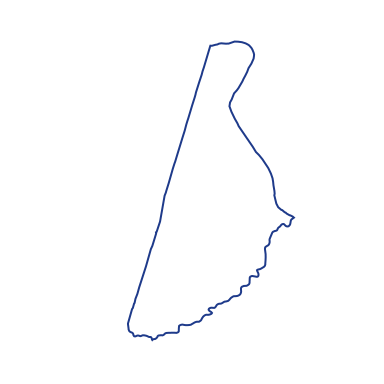 Morazán, El Progreso, Guatemala (Natural Earth projection), rotated 327°
{"feature_id": "79465075B64841514160726", "entity_name": "Morazán", "entity_type": "district", "adm_level": 2, "iso_a3": "GTM", "parent_name": "Guatemala", "parent_adm1": "El Progreso", "projection": "natural_earth1", "projection_center": [-90.183, 14.99], "detail": "fine", "context": "isolated", "style": "outline", "palette": "blue", "viewbox_px": 384, "rotation_deg": 327, "n_neighbors": 0, "source": "geoboundaries", "source_scale": "gbopen_adm2", "svg_char_len": 4939}
<svg xmlns="http://www.w3.org/2000/svg" viewBox="0 0 384 384"><g transform="rotate(327 192 192)"><path d="M263.5,269.0L263.1,267.5L261.7,265.1L261.2,264.7L259.6,261.6L259.3,260.2L258.7,259.5L257.8,256.3L257.2,255.7L256.0,251.7L256.4,247.7L258.0,243.1L259.3,239.5L260.3,238.6L261.7,236.0L264.0,230.7L265.6,227.6L267.0,224.4L268.2,219.6L269.0,213.5L268.9,202.9L268.3,197.4L267.4,193.3L267.6,187.2L267.3,175.4L267.0,162.2L267.5,159.2L267.8,153.8L268.8,146.0L270.1,140.5L272.7,137.6L275.7,136.0L281.0,132.2L285.1,131.1L287.5,130.2L290.7,128.6L294.3,126.8L297.0,125.1L299.8,123.6L303.7,121.3L306.9,118.9L311.7,116.7L314.0,115.2L316.3,113.7L317.8,112.0L318.9,110.6L319.1,110.1L319.6,108.6L320.2,105.5L320.3,103.4L319.8,100.2L319.1,98.6L317.9,96.5L315.5,93.6L312.6,91.1L309.6,89.0L303.6,87.5L301.1,86.0L297.5,83.2L295.4,82.3L293.7,82.1L291.8,81.3L289.9,80.7L288.3,80.2L287.1,79.3L286.1,80.1L269.9,93.9L266.5,96.6L264.0,98.9L258.0,103.7L249.5,110.7L248.0,112.2L245.7,114.2L239.6,119.2L229.1,128.1L226.6,130.1L224.1,132.2L219.6,136.3L218.3,137.4L213.8,141.1L200.3,152.4L194.4,157.4L192.9,158.5L188.4,162.2L177.4,171.8L170.9,177.2L169.8,178.2L167.0,180.2L149.1,199.4L140.6,206.2L139.8,206.2L139.3,207.3L129.4,215.6L126.4,217.5L112.9,229.3L95.8,243.2L90.7,247.7L86.4,250.8L83.4,253.8L82.7,254.0L79.3,257.0L77.9,257.6L66.7,267.4L66.0,268.6L65.5,269.8L65.2,270.3L64.9,271.0L64.3,272.2L64.0,272.7L63.9,273.2L63.7,274.0L63.7,274.8L64.0,275.7L64.2,276.1L64.8,276.8L65.1,277.3L65.4,278.1L65.4,278.8L65.1,279.8L64.9,280.3L64.9,281.2L65.0,281.6L65.8,282.2L66.5,282.4L67.4,282.5L68.0,282.7L68.5,282.9L68.8,283.2L69.2,283.5L69.8,284.4L70.4,284.9L71.3,285.1L72.0,285.2L72.5,285.3L72.9,285.5L73.6,286.0L74.0,286.3L74.5,286.8L75.0,287.3L75.3,287.6L75.7,288.1L76.4,289.2L76.8,289.9L77.3,290.4L77.8,290.7L78.3,291.1L78.6,291.6L78.6,292.4L78.4,293.1L78.1,293.9L78.1,294.5L78.6,294.4L79.3,294.4L80.1,294.7L81.1,295.2L81.9,295.2L82.4,295.2L83.6,294.9L84.3,294.5L84.7,294.2L85.4,294.1L86.0,294.2L86.5,294.5L87.1,294.8L88.0,295.2L88.5,295.6L88.9,296.0L89.3,296.2L90.4,296.4L91.3,296.2L92.1,296.1L92.6,296.0L93.0,296.1L93.6,296.2L94.0,296.4L95.6,297.3L100.1,300.1L102.3,301.7L103.1,301.9L103.6,302.0L104.1,302.0L104.8,301.8L105.2,301.4L105.6,300.8L106.7,299.2L107.4,298.3L107.9,297.7L108.2,297.3L108.7,297.2L109.2,297.2L109.9,297.3L110.4,297.4L111.4,297.8L111.9,298.1L113.1,299.3L114.4,300.4L116.2,301.5L117.8,302.3L118.3,302.5L118.8,302.7L119.9,302.7L121.3,302.8L122.5,302.8L123.5,302.9L124.3,303.1L124.8,303.2L125.5,303.5L126.2,304.0L127.2,304.6L127.6,304.6L129.0,304.6L129.6,304.5L130.1,304.3L130.6,304.0L131.6,303.4L132.8,302.9L133.5,302.6L134.2,302.5L134.9,302.4L135.8,302.4L136.8,302.6L137.4,302.9L138.2,303.5L139.0,304.0L139.8,304.3L140.4,304.5L141.2,304.6L141.8,304.7L142.4,304.6L142.9,304.3L142.8,303.5L142.6,302.8L142.2,302.0L141.9,301.3L141.8,300.6L141.8,299.8L142.5,299.2L143.0,299.1L143.5,299.1L144.1,299.2L144.9,299.4L145.4,299.7L145.9,300.1L147.5,301.3L147.9,301.4L148.9,301.3L149.6,301.0L150.3,300.7L151.1,300.3L151.6,300.2L152.3,300.2L152.9,300.2L153.4,300.3L154.0,300.6L154.7,300.9L155.3,301.3L156.0,301.5L156.9,301.6L157.6,301.6L158.7,301.6L159.6,301.7L160.4,302.1L161.1,302.4L162.0,302.7L162.6,302.9L163.1,303.0L163.7,302.9L164.8,302.7L165.6,302.4L166.8,302.1L167.4,302.0L168.8,302.0L169.5,302.0L170.1,302.1L170.6,302.3L171.3,302.8L172.6,303.5L173.8,304.0L175.5,304.2L176.5,304.1L177.4,303.7L177.8,303.4L178.5,302.8L178.9,302.4L180.3,299.9L180.8,299.3L181.2,299.0L181.6,298.8L182.2,298.7L182.7,298.7L183.6,298.9L184.5,299.1L184.9,299.4L185.5,299.7L186.3,300.2L186.9,300.4L187.5,300.5L188.4,300.5L189.6,300.4L190.1,300.1L190.5,299.8L190.9,299.4L191.2,298.9L192.3,297.4L193.2,296.1L193.9,295.2L194.2,295.0L194.8,294.8L195.4,294.9L196.0,294.9L196.4,295.1L196.8,295.3L197.2,295.6L197.8,296.2L198.8,297.1L199.9,298.2L200.5,298.6L201.0,298.7L201.4,298.7L202.0,298.4L202.6,297.8L203.1,296.9L203.4,295.9L203.6,294.1L203.9,293.0L204.6,292.9L205.1,293.0L205.6,293.2L206.3,293.4L207.0,293.7L208.6,293.9L210.1,293.9L211.3,294.0L212.1,293.8L212.6,293.7L213.2,293.4L213.6,293.0L214.0,292.7L214.3,292.2L216.5,289.3L218.2,286.9L219.9,284.2L222.0,279.8L222.3,279.3L222.8,278.8L223.1,278.4L223.5,278.2L224.1,278.1L224.6,278.1L225.7,278.1L226.5,278.2L227.2,278.1L227.9,277.9L228.8,277.3L229.5,276.7L230.0,276.0L230.5,275.3L230.7,274.7L231.0,274.3L231.4,273.8L232.5,273.0L237.2,269.8L237.8,269.6L238.4,269.5L238.9,269.6L239.4,269.7L240.2,269.8L240.8,270.1L241.5,270.3L242.1,270.4L242.6,270.3L243.2,270.0L243.6,269.7L244.0,269.4L244.6,269.1L245.1,269.0L245.7,268.9L246.6,268.9L247.1,268.8L247.5,268.7L248.0,268.5L248.5,268.3L249.1,268.2L249.7,268.1L250.3,268.2L251.1,268.5L251.5,268.9L251.7,269.3L251.8,270.0L252.0,270.8L252.1,271.4L252.5,272.1L252.9,272.6L253.5,273.0L253.9,273.2L254.4,273.3L255.0,273.2L256.1,272.9L256.6,272.6L257.1,272.2L258.3,270.9L259.4,269.7L260.0,269.4L260.5,269.2L262.0,269.1L263.5,269.0Z" fill="none" stroke="#1e3a8a" stroke-width="2"/></g></svg>